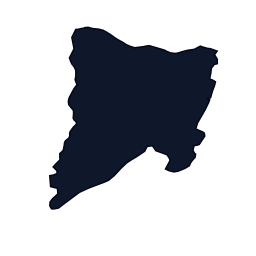 Koysinjaq, Arbil, Iraq, rotated 104°
{"feature_id": "34846034B1648663074204", "entity_name": "Koysinjaq", "entity_type": "district", "adm_level": 2, "iso_a3": "IRQ", "parent_name": "Iraq", "parent_adm1": "Arbil", "projection": "mercator", "projection_center": [44.518, 36.037], "detail": "fine", "context": "isolated", "style": "filled", "palette": "ink", "viewbox_px": 256, "rotation_deg": 104, "n_neighbors": 0, "source": "geoboundaries", "source_scale": "gbopen_adm2", "svg_char_len": 2180}
<svg xmlns="http://www.w3.org/2000/svg" viewBox="0 0 256 256"><g transform="rotate(104 128 128)"><path d="M224.1,183.6L225.0,182.2L224.1,179.5L222.4,176.0L217.2,171.9L208.9,165.1L202.2,159.6L195.6,151.4L185.4,136.7L183.2,134.0L180.8,132.3L178.0,130.2L177.0,129.6L168.5,124.9L162.1,120.8L158.0,117.0L153.3,112.3L147.8,107.3L146.4,106.1L144.5,105.8L141.2,104.9L139.3,99.9L143.3,95.5L144.0,88.2L144.5,83.7L147.1,80.8L149.2,79.3L150.9,79.7L158.7,81.7L159.5,77.9L159.5,72.8L157.8,69.0L153.5,63.1L149.7,59.3L147.1,59.0L144.0,57.8L140.2,55.8L136.9,56.1L136.9,56.9L134.0,59.6L129.0,59.6L127.9,56.6L126.7,54.9L122.1,53.3L117.5,51.6L116.0,52.0L114.2,53.1L113.7,55.0L113.2,58.2L112.5,62.0L106.3,61.8L98.1,59.4L91.2,57.5L84.2,56.0L80.9,55.6L80.4,58.2L78.7,55.2L78.0,55.2L74.4,55.1L72.0,55.0L65.3,54.3L62.0,54.3L61.0,57.5L60.7,60.7L54.8,60.9L49.7,61.6L46.6,60.1L45.7,60.1L44.0,56.9L39.7,58.0L35.9,61.8L31.8,60.1L31.1,67.3L31.5,70.1L31.3,75.8L31.0,77.5L33.2,80.1L34.9,81.8L35.8,83.1L37.0,86.0L38.0,88.6L39.6,91.6L40.4,93.1L40.9,93.9L42.6,96.7L43.8,99.0L44.4,100.9L44.5,102.6L44.9,104.8L44.5,107.1L44.2,109.4L43.7,110.9L43.5,114.1L43.3,118.8L43.2,121.3L43.0,127.3L43.8,129.6L45.4,132.8L45.7,133.7L47.6,138.5L48.5,140.9L48.3,145.1L47.5,150.0L46.6,152.3L44.7,159.3L43.5,162.9L41.6,167.6L41.1,169.3L40.1,172.3L39.6,174.4L39.2,175.6L39.2,178.2L39.2,180.3L39.4,182.0L39.9,185.0L40.1,188.1L39.9,190.7L40.2,192.0L41.1,194.3L42.0,195.3L42.8,197.5L44.4,200.4L45.0,202.5L48.7,203.3L53.7,204.4L64.2,199.5L74.2,201.8L77.5,199.5L79.4,198.0L80.0,197.2L81.5,195.3L83.7,193.3L85.3,192.4L90.1,191.2L93.9,191.0L96.2,189.5L98.4,188.0L102.7,189.8L106.0,190.7L112.9,192.4L115.5,192.4L117.4,192.1L119.8,191.0L121.9,188.3L123.3,186.3L124.3,185.1L127.6,184.2L131.7,183.6L133.3,182.2L134.5,179.8L136.6,178.9L138.5,180.1L140.0,181.0L141.9,181.9L145.7,183.3L147.6,183.3L149.0,182.7L150.9,182.7L152.1,183.0L155.7,185.7L157.8,186.0L160.2,185.7L165.4,185.4L169.4,188.0L175.4,186.3L180.1,189.2L183.9,191.2L185.4,188.6L186.5,186.8L189.2,185.7L190.1,186.8L191.8,189.2L193.2,192.4L203.6,188.9L203.6,181.9L208.9,180.1L215.1,184.2L218.6,185.7L222.2,185.1L224.1,183.6Z" fill="#0f172a" stroke="#020617" stroke-width="1.5"/></g></svg>